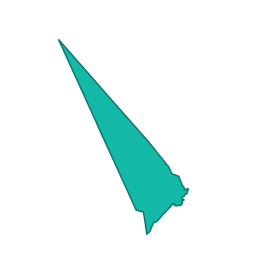 Goundam, Timbuktu, Mali (Robinson projection), rotated 341°
{"feature_id": "8926073B20620148277365", "entity_name": "Goundam", "entity_type": "district", "adm_level": 2, "iso_a3": "MLI", "parent_name": "Mali", "parent_adm1": "Timbuktu", "projection": "robinson", "projection_center": [-4.645, 19.527], "detail": "fine", "context": "isolated", "style": "filled", "palette": "teal", "viewbox_px": 256, "rotation_deg": 341, "n_neighbors": 0, "source": "geoboundaries", "source_scale": "gbopen_adm2", "svg_char_len": 3883}
<svg xmlns="http://www.w3.org/2000/svg" viewBox="0 0 256 256"><g transform="rotate(341 128 128)"><path d="M117.7,229.8L117.8,229.7L118.2,229.3L118.7,228.7L118.9,228.5L119.1,228.3L119.2,228.2L119.6,227.7L119.9,227.5L120.4,226.9L120.6,226.7L120.8,226.6L121.0,226.3L121.4,225.8L121.6,225.7L121.8,225.4L122.1,225.5L122.4,225.7L122.7,225.8L122.9,225.9L123.1,226.0L123.3,226.0L123.6,225.9L124.2,225.9L124.5,225.9L124.8,225.8L124.8,225.7L125.0,225.6L125.3,225.4L125.5,225.3L125.8,225.1L126.1,225.0L126.4,224.9L126.6,224.7L126.8,224.6L127.1,224.5L127.2,224.4L127.3,224.3L127.5,224.2L127.8,224.1L128.1,223.9L128.3,223.7L128.7,223.6L128.8,223.5L128.8,223.4L129.0,223.4L129.3,223.2L129.5,223.1L129.8,223.0L130.1,222.8L130.4,222.6L130.6,222.5L131.0,222.3L131.2,222.2L131.5,222.0L131.7,221.9L131.9,221.8L132.1,221.7L132.3,221.6L132.5,221.5L132.5,221.4L132.8,221.3L133.0,221.2L133.3,221.0L133.4,220.9L133.5,220.9L133.7,220.7L133.8,220.7L134.1,220.6L134.3,220.5L134.5,220.4L134.8,220.2L135.0,220.1L135.4,219.9L135.5,219.8L135.9,219.7L136.0,219.6L136.4,219.4L136.5,219.3L136.8,219.2L137.1,219.1L137.3,219.0L137.4,218.9L137.6,218.8L137.8,218.7L138.0,218.6L138.5,218.4L138.8,218.2L139.0,218.1L139.3,218.0L139.4,217.9L139.8,217.7L140.1,217.5L140.3,217.4L140.6,217.2L140.8,217.1L141.0,217.0L141.1,216.9L141.4,216.8L141.5,216.7L141.8,216.6L141.9,216.4L142.1,216.3L142.2,216.2L142.3,216.2L142.6,216.0L142.8,215.9L143.0,215.8L143.2,215.7L143.3,215.7L143.5,215.5L143.8,215.4L144.0,215.2L144.4,215.0L144.5,215.0L144.6,214.9L145.0,214.8L145.0,214.7L145.3,214.6L145.5,214.5L145.6,214.4L145.9,214.3L146.1,214.4L146.2,214.5L146.4,214.5L146.5,214.5L146.8,214.6L146.8,214.8L146.8,215.2L146.8,215.3L146.8,215.6L146.8,215.9L146.9,216.1L147.0,216.5L147.3,216.6L147.6,216.8L147.8,217.0L148.0,217.1L148.3,217.2L148.4,217.3L148.6,217.3L148.8,217.4L149.5,217.5L150.0,217.5L150.5,217.6L150.8,217.7L151.0,217.8L151.2,218.0L151.5,218.1L152.0,218.1L152.3,218.0L152.6,218.0L153.0,218.2L153.2,218.3L153.4,217.8L154.1,217.3L155.0,216.8L155.1,216.4L155.3,214.9L155.9,214.1L156.5,214.4L157.1,214.5L157.4,214.4L157.5,214.1L157.0,213.5L156.3,213.0L156.5,212.5L156.0,211.8L156.0,211.3L156.4,211.0L156.7,210.9L157.5,211.0L158.2,210.8L159.0,210.6L159.6,210.0L160.2,209.6L161.3,209.3L161.6,209.0L162.4,209.3L162.7,208.4L162.9,207.9L164.1,206.9L164.5,206.3L164.8,206.0L164.9,205.6L164.8,204.8L164.3,204.8L163.8,204.9L163.3,205.0L162.7,205.0L162.1,204.7L161.6,204.9L161.3,204.5L161.3,204.2L161.5,203.6L161.6,203.0L161.5,202.2L161.3,201.5L161.0,200.9L160.8,200.2L160.6,197.9L160.3,190.3L157.4,187.8L154.9,186.0L154.4,184.2L154.2,181.2L153.9,178.3L142.7,147.2L119.5,91.1L112.0,72.6L91.1,21.6L91.5,25.9L92.3,32.7L92.4,34.3L92.6,36.2L92.9,40.2L93.4,45.3L93.9,50.3L94.5,56.5L95.1,62.7L95.4,65.5L95.9,70.8L96.4,75.7L96.9,80.8L97.4,86.5L97.6,88.8L97.6,89.2L97.6,89.4L97.8,91.0L98.3,96.2L98.8,101.2L99.3,106.6L100.0,113.7L100.0,114.1L100.1,114.3L100.1,115.7L100.1,116.8L100.7,122.1L100.9,124.1L100.9,124.3L101.1,127.0L101.7,132.3L101.9,135.0L102.1,137.0L102.2,138.1L102.6,142.0L102.8,144.0L103.1,147.0L103.4,149.9L103.7,152.7L104.0,155.7L104.3,158.6L104.4,160.0L104.6,161.8L105.0,166.2L105.2,168.4L105.4,170.9L105.7,174.0L106.0,177.3L106.3,180.0L106.6,182.8L106.9,186.1L107.2,189.5L107.5,192.6L107.7,194.9L107.7,195.2L108.1,198.8L108.3,201.0L108.6,204.3L108.8,206.9L108.9,208.1L111.8,210.2L115.2,212.5L115.1,213.2L114.9,214.3L114.6,216.4L114.4,217.5L113.8,220.8L113.7,221.3L113.4,223.1L113.3,223.5L113.2,224.3L112.7,226.7L112.6,227.0L112.5,227.4L112.5,227.5L112.1,230.0L111.6,232.6L111.2,234.3L111.5,234.2L112.9,233.7L114.7,233.1L114.9,233.0L114.9,232.9L115.1,232.7L115.3,232.5L115.4,232.4L115.6,232.2L115.8,232.0L115.9,231.9L116.0,231.8L116.0,231.7L116.3,231.5L116.4,231.4L116.5,231.3L116.6,231.1L116.8,230.9L117.0,230.7L117.3,230.3L117.4,230.2L117.5,230.1L117.6,229.9L117.7,229.8Z" fill="#14b8a6" stroke="#0f766e" stroke-width="1.5"/></g></svg>